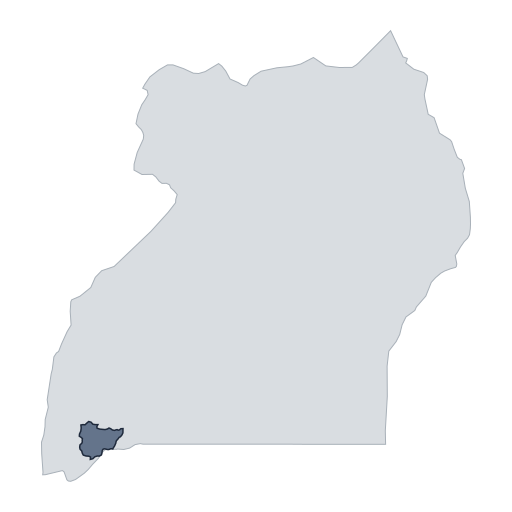 Ntungamo highlighted on a map of Uganda
{"feature_id": "UGA-3372", "entity_name": "Ntungamo", "entity_type": "District", "adm_level": 1, "iso_a3": "UGA", "parent_name": "Uganda", "parent_adm1": "", "projection": "orthographic", "projection_center": [30.302, -0.955], "detail": "fine", "context": "in_parent", "style": "filled", "palette": "slate", "viewbox_px": 512, "rotation_deg": 0, "n_neighbors": 0, "source": "natural_earth", "source_scale": "10m", "svg_char_len": 3126}
<svg xmlns="http://www.w3.org/2000/svg" viewBox="0 0 512 512"><path d="M385.6,444.3L376.9,444.3L362.9,444.3L348.8,444.3L334.7,444.3L320.6,444.3L306.6,444.3L292.5,444.2L278.4,444.2L264.3,444.2L250.2,444.2L236.1,444.2L222.0,444.2L207.9,444.2L193.9,444.2L179.8,444.2L165.7,444.2L151.6,444.2L143.2,444.2L141.6,443.9L140.4,443.6L135.1,444.6L129.6,448.1L123.7,449.5L117.5,449.0L116.7,449.3L113.5,449.2L109.0,449.0L104.8,449.9L101.7,453.0L98.5,458.2L92.7,464.2L88.2,469.5L84.3,473.2L75.5,479.5L70.7,481.3L68.3,481.0L66.9,479.8L64.1,471.9L62.4,470.6L45.3,474.7L42.7,474.8L43.0,472.3L41.7,453.6L41.5,442.2L43.8,435.1L45.0,426.8L45.2,419.5L48.3,407.2L47.2,399.7L51.2,373.7L52.3,369.5L53.9,356.9L56.4,353.0L58.6,351.5L61.6,343.8L67.2,331.5L71.1,325.1L70.2,311.3L70.8,301.8L71.7,299.8L80.0,296.2L90.8,287.5L95.3,277.3L101.7,270.7L114.1,266.5L151.0,231.3L168.1,212.4L175.6,202.7L175.8,199.2L177.2,194.6L174.2,191.0L170.7,187.8L169.5,184.8L166.4,183.3L162.0,183.4L159.1,181.2L155.8,176.9L152.5,174.3L142.0,174.5L134.0,170.1L134.1,164.2L137.2,152.5L143.3,139.1L143.7,135.4L142.8,132.3L141.3,129.6L138.6,126.9L136.0,123.7L138.0,114.1L141.8,104.7L145.0,100.0L148.1,94.7L147.2,90.4L142.7,88.2L145.0,84.0L149.9,76.9L159.2,69.7L167.5,64.9L173.0,64.9L183.7,68.7L193.4,73.2L198.7,73.5L205.2,71.6L218.6,63.6L221.8,66.1L225.7,71.0L230.0,79.0L238.4,82.7L242.5,85.2L245.4,86.0L247.0,85.3L250.1,79.0L254.0,75.6L261.1,71.2L276.9,67.8L288.1,66.7L292.9,66.0L300.8,64.0L313.4,57.5L325.8,65.9L339.3,67.5L352.3,67.4L356.3,64.9L358.5,63.0L372.2,49.3L390.6,30.7L403.0,56.9L407.3,58.4L406.7,60.7L405.7,62.9L413.8,69.2L423.7,72.5L427.2,75.8L427.6,79.3L424.3,94.6L424.9,98.9L428.2,114.3L434.1,117.7L439.5,133.2L450.1,139.8L451.6,141.6L454.1,149.1L457.3,157.3L459.9,159.3L461.4,159.7L464.6,168.5L462.8,173.3L465.3,188.2L469.3,201.5L470.4,217.4L470.5,224.4L470.3,228.7L469.5,234.7L467.6,238.2L464.2,241.6L460.5,246.9L457.2,252.6L455.2,255.4L456.8,264.0L456.4,266.3L455.5,267.4L450.7,268.7L444.6,271.0L440.8,273.2L435.6,277.6L431.3,282.3L425.8,296.1L416.4,306.9L414.8,310.5L406.0,316.9L402.1,324.8L399.7,334.5L396.2,341.5L388.8,351.1L387.1,366.2L387.3,396.4L385.3,430.8L385.6,444.3Z" fill="#d9dde1" stroke="#a8b0b8" stroke-width="1"/><path d="M112.8,449.0L111.6,448.7L110.5,448.8L109.5,449.3L108.2,449.6L106.9,449.4L105.5,449.0L104.2,448.8L103.0,449.3L102.3,450.4L101.8,453.7L101.4,454.9L100.9,455.3L99.6,455.9L99.3,456.1L97.3,456.0L94.8,456.8L92.9,458.7L90.3,459.4L90.5,457.0L88.9,456.2L86.0,456.0L83.3,455.1L82.3,453.2L81.7,450.9L80.1,449.3L79.7,447.5L79.8,446.0L80.1,444.7L81.7,443.4L82.3,442.0L82.2,440.3L82.4,438.6L81.0,437.3L79.3,436.2L79.5,434.0L80.8,431.1L81.2,428.0L80.9,425.0L82.9,424.6L85.0,424.8L86.8,423.1L88.7,421.5L91.1,422.2L92.8,424.2L95.1,424.6L97.9,424.6L96.8,426.7L97.1,428.2L99.8,429.1L105.1,429.6L107.4,429.0L109.0,428.0L110.7,428.7L112.4,430.0L114.6,430.4L115.8,429.9L117.1,429.6L118.2,430.2L119.0,430.0L119.8,429.7L120.3,429.1L120.9,428.7L123.0,428.6L122.9,432.9L121.9,435.0L120.4,436.8L119.2,437.3L117.5,439.6L116.5,440.5L116.0,441.8L115.8,443.1L114.6,445.9L113.0,448.4L112.8,449.0Z" fill="#64748b" stroke="#1e293b" stroke-width="1.5"/></svg>